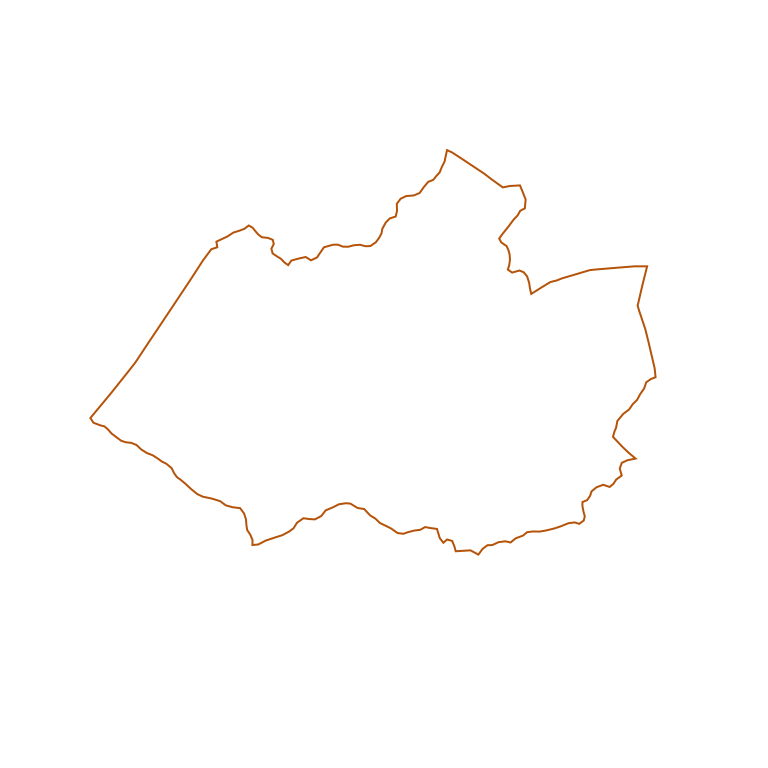 Castro Alves, Bahia, Brazil (Robinson projection), rotated 250°
{"feature_id": "56859067B5706793747944", "entity_name": "Castro Alves", "entity_type": "district", "adm_level": 2, "iso_a3": "BRA", "parent_name": "Brazil", "parent_adm1": "Bahia", "projection": "robinson", "projection_center": [-39.366, -12.724], "detail": "fine", "context": "isolated", "style": "outline", "palette": "amber", "viewbox_px": 768, "rotation_deg": 250, "n_neighbors": 0, "source": "geoboundaries", "source_scale": "gbopen_adm2", "svg_char_len": 3091}
<svg xmlns="http://www.w3.org/2000/svg" viewBox="0 0 768 768"><g transform="rotate(250 384 384)"><path d="M452.5,96.5L447.0,97.7L442.3,103.1L439.8,106.8L436.1,108.9L430.4,111.2L425.3,114.5L420.6,117.6L417.7,121.2L415.1,126.4L411.3,130.6L405.8,133.3L400.4,137.4L396.1,142.3L391.5,145.8L387.0,148.8L383.9,151.9L377.6,155.7L372.3,156.2L367.4,157.5L363.8,160.0L358.5,163.1L351.1,166.9L344.4,170.9L340.0,175.3L335.3,182.9L329.9,190.0L324.1,193.8L319.9,199.7L316.6,206.3L310.3,208.2L304.1,208.0L297.8,206.3L293.6,205.5L288.1,206.8L282.4,207.1L277.7,205.3L276.2,210.9L277.3,219.2L277.0,230.2L276.7,236.6L277.8,244.4L279.4,249.7L283.4,254.8L285.4,262.4L282.7,267.5L280.4,272.8L281.4,280.0L285.2,285.9L285.6,294.0L286.4,300.4L285.0,307.4L283.1,311.5L276.5,316.8L273.3,322.6L265.3,326.0L260.4,329.9L254.8,332.6L250.4,336.9L246.0,341.1L239.3,345.8L236.6,351.0L236.6,355.7L235.9,362.4L234.6,368.2L235.5,373.7L233.0,377.9L229.7,384.2L220.1,383.7L214.5,385.5L216.3,390.1L213.2,394.4L207.4,394.6L202.3,394.2L199.9,402.3L198.1,408.4L194.7,411.4L191.4,414.3L195.4,420.3L197.1,426.1L195.6,430.7L196.2,437.5L194.7,444.2L191.8,448.7L194.0,455.2L194.0,462.7L195.8,467.8L194.5,473.5L192.1,479.7L190.9,486.4L190.0,494.5L189.8,501.4L190.1,509.7L188.7,515.9L185.8,519.6L187.4,525.0L190.9,527.4L195.8,527.8L201.4,528.7L205.2,530.1L205.4,535.2L208.5,539.5L212.1,542.3L214.3,548.4L214.3,555.6L210.1,560.8L211.7,565.4L214.8,569.5L216.7,576.1L223.9,576.6L228.6,580.5L229.1,586.6L227.9,594.9L235.7,590.4L243.5,586.5L256.0,581.1L260.4,584.2L263.5,587.1L269.5,590.7L274.2,598.8L276.2,605.6L279.9,610.7L282.6,616.5L287.0,621.4L290.8,626.9L295.9,631.0L297.4,636.6L297.5,641.5L306.2,643.7L310.4,644.2L332.0,646.8L346.0,648.3L365.6,648.8L370.8,649.1L388.0,660.3L404.6,671.5L409.0,659.3L411.9,648.8L419.0,622.8L420.6,616.5L422.4,587.0L422.2,581.9L422.9,575.1L420.7,564.2L418.3,553.2L423.1,553.7L429.4,555.0L436.1,555.3L441.2,553.5L444.3,550.1L444.9,542.5L449.2,539.5L452.5,542.1L457.7,544.9L463.0,546.4L467.4,546.7L471.6,546.4L477.0,542.6L481.3,542.0L484.6,546.9L489.0,554.2L494.0,561.8L496.7,567.2L500.2,571.3L500.9,576.4L508.9,580.2L517.0,580.0L524.1,579.7L527.0,570.1L528.1,562.9L539.2,555.3L547.4,550.1L552.4,546.4L557.0,543.0L571.1,532.6L578.4,527.1L582.2,523.2L572.2,516.9L568.1,512.5L563.8,508.7L561.5,504.2L559.0,500.1L558.8,494.6L555.5,488.9L551.3,482.8L551.0,476.5L553.0,469.1L552.4,463.0L549.0,457.7L542.2,455.4L537.4,452.3L537.6,446.0L535.0,440.7L530.3,435.4L526.3,433.1L523.1,429.5L520.0,424.9L518.3,418.3L519.8,413.7L523.0,409.1L524.7,403.1L525.2,397.4L527.1,392.4L530.7,388.3L532.3,383.8L533.0,374.3L529.0,368.7L525.8,364.3L525.2,357.7L530.1,353.9L531.0,347.4L531.7,339.2L528.5,334.6L532.1,332.1L537.0,329.9L540.6,327.0L544.8,324.0L549.7,324.5L553.3,328.3L557.5,328.8L561.0,324.9L563.7,319.4L567.3,317.1L571.1,315.6L575.8,314.0L579.2,311.1L577.6,305.9L577.5,301.1L577.8,294.2L576.2,287.4L575.1,275.2L569.5,274.1L569.7,267.8L562.0,256.1L549.0,238.9L533.0,217.2L508.2,183.4L504.5,178.3L498.9,170.7L491.3,160.5L488.6,156.7L483.7,148.8L469.2,125.1L452.5,96.5Z" fill="none" stroke="#b45309" stroke-width="2"/></g></svg>